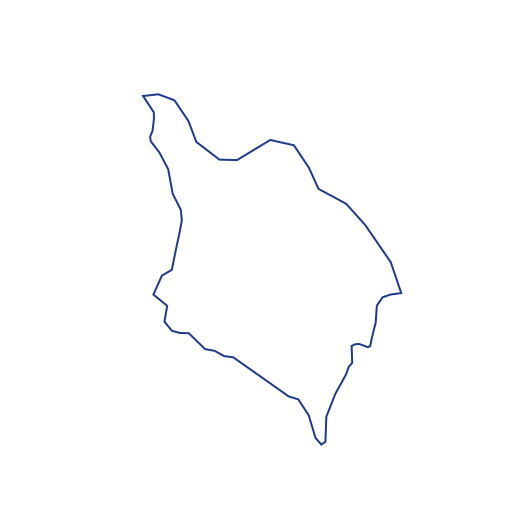 an SVG outline of Pargaujas, rotated 239°
{"feature_id": "LVA-5793", "entity_name": "Pargaujas", "entity_type": "Municipality", "adm_level": 1, "iso_a3": "LVA", "parent_name": "Latvia", "parent_adm1": "", "projection": "robinson", "projection_center": [25.076, 57.369], "detail": "fine", "context": "isolated", "style": "outline", "palette": "blue", "viewbox_px": 512, "rotation_deg": 239, "n_neighbors": 0, "source": "natural_earth", "source_scale": "10m", "svg_char_len": 904}
<svg xmlns="http://www.w3.org/2000/svg" viewBox="0 0 512 512"><g transform="rotate(239 256 256)"><path d="M246.9,143.7L259.0,154.2L275.8,148.2L287.7,165.3L287.5,176.7L300.2,188.3L316.8,203.8L324.9,210.9L334.2,215.3L352.4,216.7L375.5,225.4L394.3,226.5L408.7,224.9L412.8,226.7L416.7,231.9L426.1,239.1L431.7,242.4L451.3,241.6L444.9,255.6L431.4,266.3L406.4,267.6L384.5,263.6L357.4,274.3L348.0,289.1L348.1,318.6L348.1,328.0L331.4,345.5L304.3,346.8L281.4,344.1L254.2,360.2L226.1,365.6L181.2,368.3L149.4,361.4L153.7,351.4L155.4,343.2L151.2,334.0L137.4,324.4L126.1,313.1L119.9,307.4L120.3,304.9L127.5,299.1L129.3,295.5L129.6,291.6L114.8,283.4L113.3,278.5L108.0,272.0L97.0,253.0L82.0,233.5L61.0,219.8L60.7,214.9L69.4,213.3L92.0,219.1L111.4,218.4L118.8,211.7L180.9,184.3L186.6,177.1L196.0,171.7L202.4,164.4L224.4,158.6L229.4,150.9L235.2,145.4L246.9,143.7Z" fill="none" stroke="#1e3a8a" stroke-width="2"/></g></svg>